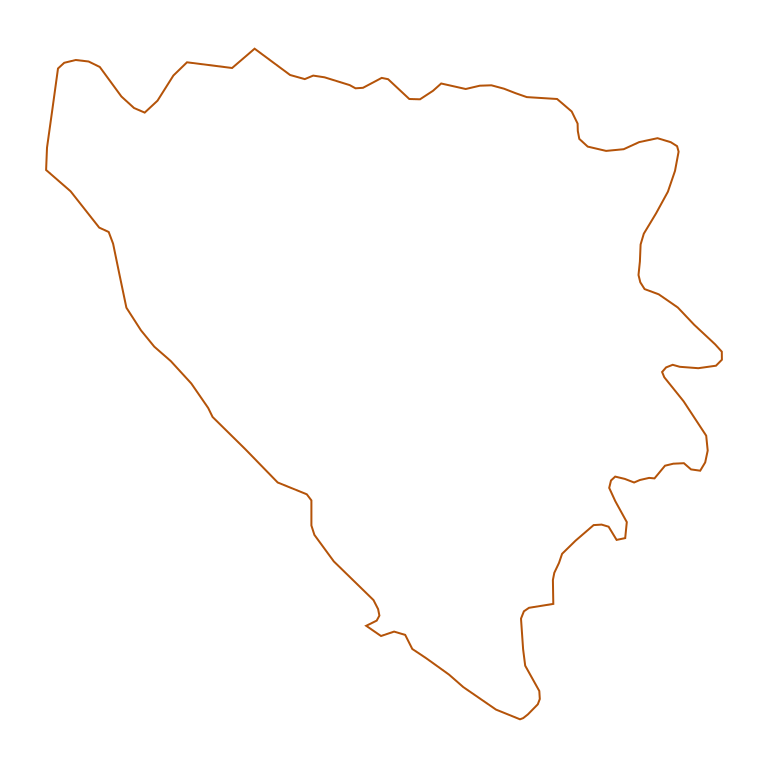 an SVG outline of Bosnia and Herzegovina
{"feature_id": "BIH", "entity_name": "Bosnia and Herzegovina", "entity_type": "country or territory", "adm_level": 0, "iso_a3": "BIH", "parent_name": "Europe", "parent_adm1": "", "projection": "orthographic", "projection_center": [18.137, 43.918], "detail": "fine", "context": "isolated", "style": "outline", "palette": "amber", "viewbox_px": 768, "rotation_deg": 0, "n_neighbors": 0, "source": "natural_earth", "source_scale": "50m", "svg_char_len": 1839}
<svg xmlns="http://www.w3.org/2000/svg" viewBox="0 0 768 768"><path d="M677.1,146.2L678.6,151.7L675.0,170.9L667.9,191.7L656.1,213.3L643.8,233.7L640.6,244.5L639.9,261.5L638.5,275.0L640.3,282.3L644.6,289.1L658.7,294.3L677.8,307.5L694.2,324.8L715.2,344.4L721.8,351.7L721.9,359.7L716.0,365.7L698.3,368.2L679.8,366.8L672.7,364.8L666.1,367.4L662.1,372.0L664.3,377.3L683.6,401.3L706.2,435.7L707.7,450.6L705.2,462.4L700.2,470.7L691.0,469.4L683.9,463.2L673.3,463.7L665.0,465.7L654.5,478.4L649.1,477.9L639.9,480.0L634.1,482.5L624.8,478.9L615.2,476.6L611.0,480.5L609.2,487.9L615.3,501.2L626.8,522.1L625.2,538.1L616.6,539.9L608.6,526.7L601.6,524.6L593.6,525.1L575.5,540.7L562.1,553.8L559.0,562.9L554.3,572.8L552.9,580.0L553.3,603.9L529.0,607.8L523.9,611.3L521.0,618.6L523.1,649.2L525.2,665.7L539.3,691.0L539.8,699.0L537.8,704.3L527.9,714.4L523.2,718.1L520.0,719.3L503.7,712.7L496.0,709.6L463.3,687.1L449.0,674.6L426.3,658.3L412.3,649.0L405.2,634.9L394.1,631.6L381.0,636.0L366.2,625.8L376.7,620.6L379.4,615.6L378.1,609.1L373.5,600.1L333.8,561.4L314.4,534.9L311.4,525.5L311.4,500.4L306.8,494.3L277.7,482.5L245.6,449.5L212.6,417.0L208.2,408.0L191.3,383.5L170.8,361.1L154.3,346.7L141.0,330.4L126.4,307.7L119.3,273.8L113.1,243.7L108.7,232.0L99.2,227.6L70.6,191.3L46.1,170.0L47.0,147.7L52.2,110.6L58.0,68.5L64.2,62.8L75.7,60.0L88.6,61.5L99.8,67.0L121.4,96.5L134.0,108.0L144.7,112.6L157.5,100.7L173.4,75.5L187.0,62.3L232.1,68.0L254.6,48.7L290.1,75.0L304.8,79.1L313.2,75.6L324.5,77.3L349.7,85.1L355.5,88.3L363.0,87.8L381.7,77.9L388.1,79.2L409.3,99.0L420.0,99.3L433.0,90.8L441.2,83.5L465.7,89.0L479.8,85.7L491.4,85.3L504.0,88.7L515.6,93.2L526.8,97.1L557.1,99.0L571.7,111.5L577.6,123.6L577.8,131.0L579.3,138.9L587.7,146.6L606.1,150.9L617.6,149.8L623.7,149.2L639.2,142.1L657.5,138.2L670.8,142.2L677.1,146.2Z" fill="none" stroke="#b45309" stroke-width="2"/></svg>